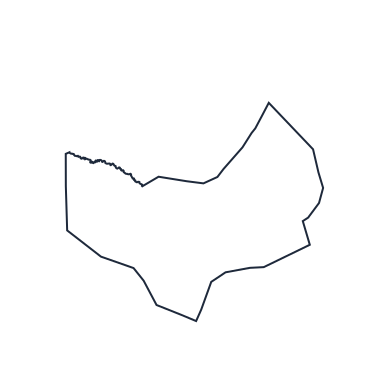 the district of Bayan-Ovoo, Hentiy, Mongolia, rotated 210°
{"feature_id": "93677404B57726852973522", "entity_name": "Bayan-Ovoo", "entity_type": "district", "adm_level": 2, "iso_a3": "MNG", "parent_name": "Mongolia", "parent_adm1": "Hentiy", "projection": "equal_earth", "projection_center": [112.511, 47.731], "detail": "fine", "context": "isolated", "style": "outline", "palette": "slate", "viewbox_px": 384, "rotation_deg": 210, "n_neighbors": 0, "source": "geoboundaries", "source_scale": "gbopen_adm2", "svg_char_len": 4612}
<svg xmlns="http://www.w3.org/2000/svg" viewBox="0 0 384 384"><g transform="rotate(210 192 192)"><path d="M78.5,228.9L76.5,246.0L80.5,261.1L92.3,272.2L108.5,289.5L170.1,307.6L169.5,292.9L169.0,278.8L169.9,272.8L170.6,255.9L176.2,227.7L177.5,217.7L186.4,205.2L201.9,198.7L228.6,188.5L237.9,172.1L238.2,172.2L238.5,172.3L238.6,172.6L238.5,172.8L238.4,173.0L238.5,173.2L238.7,173.4L239.3,173.5L240.0,173.4L240.8,173.3L241.4,173.3L241.7,173.3L242.0,173.5L242.3,173.9L242.5,174.3L243.0,174.3L243.2,174.2L243.5,174.0L243.9,173.8L244.3,173.2L244.5,172.9L244.9,172.8L245.2,172.8L245.6,172.8L245.9,172.8L246.2,172.8L246.5,172.8L246.6,173.0L246.7,173.5L246.9,173.7L247.1,173.7L247.3,173.6L247.6,173.5L247.9,173.4L248.1,173.4L248.4,173.6L248.5,173.9L248.6,174.3L248.8,174.6L249.1,174.7L249.3,174.6L249.5,174.5L249.6,174.3L249.8,174.1L250.1,174.0L250.5,174.3L250.8,174.6L251.3,174.7L251.7,175.0L252.0,175.2L252.3,175.4L252.6,175.6L253.1,175.7L253.2,175.9L253.4,176.2L253.5,176.7L254.0,177.0L254.4,177.0L254.7,176.7L254.9,176.3L255.2,176.1L255.5,175.9L255.7,175.7L256.0,175.5L256.4,175.4L256.8,175.3L257.3,175.3L257.5,175.2L257.9,174.9L258.2,174.8L258.9,174.7L259.3,174.9L259.6,174.9L259.9,174.9L260.3,175.0L260.8,175.0L261.0,175.0L261.4,175.4L261.5,175.8L261.7,176.1L262.1,176.3L262.4,176.4L262.7,176.2L262.9,176.1L263.1,175.8L263.3,175.5L263.5,175.4L263.9,175.4L264.2,175.4L264.4,175.7L264.5,176.1L264.8,176.3L265.1,176.4L265.4,176.3L265.7,176.3L266.0,176.2L266.1,176.3L266.2,176.5L266.5,176.9L266.9,177.0L267.3,176.9L267.5,176.8L267.6,176.5L267.7,176.1L267.8,175.9L268.1,175.5L268.2,175.2L268.4,174.9L269.1,174.8L269.6,174.9L270.1,175.1L270.4,175.3L270.6,175.5L270.8,175.9L271.0,176.2L271.2,176.3L271.4,176.3L271.7,176.1L272.1,176.0L272.6,176.1L273.0,176.3L273.4,176.6L273.7,176.8L274.2,177.0L274.4,177.0L274.8,177.0L275.0,176.9L275.2,176.6L275.1,176.1L275.2,175.8L275.3,175.6L275.6,175.4L275.7,175.2L275.7,174.8L275.7,174.7L275.8,174.6L276.0,174.5L276.3,174.7L276.4,174.9L276.6,175.1L276.8,175.3L277.2,175.5L277.7,175.4L278.0,175.2L278.4,174.9L278.9,174.6L279.4,174.2L279.6,174.1L280.0,173.9L280.3,173.8L280.9,173.8L281.4,173.9L281.7,173.9L281.8,174.1L282.2,174.6L282.5,174.9L282.8,175.0L283.1,175.1L283.4,175.1L283.6,175.0L283.9,174.9L284.2,174.5L284.3,174.1L284.3,173.7L284.5,173.3L284.7,173.2L284.9,173.2L285.1,173.3L285.3,173.6L285.6,173.8L285.8,173.9L286.3,174.1L286.9,174.1L287.1,174.0L287.6,173.9L288.0,173.6L288.2,173.2L288.2,172.8L288.0,172.6L287.8,172.4L287.8,172.2L288.0,172.1L288.4,172.2L288.6,172.4L288.8,172.7L289.0,172.8L289.2,172.7L289.5,172.6L289.8,172.2L289.8,171.9L289.7,171.6L289.5,171.3L289.5,171.1L289.5,170.9L290.0,170.9L290.2,171.0L290.5,171.1L290.8,171.1L291.1,171.1L291.2,170.9L291.2,170.6L291.1,170.3L290.8,170.1L290.6,170.0L290.4,169.9L290.4,169.7L290.5,169.5L290.8,169.5L291.1,169.4L291.4,169.3L291.6,169.1L291.7,168.9L291.8,168.7L291.7,168.5L291.6,168.4L291.6,168.2L291.7,167.8L291.9,167.7L292.1,167.6L292.3,167.6L292.5,167.7L292.7,167.9L292.9,168.1L293.1,168.2L293.4,168.3L293.6,168.2L293.8,168.1L293.9,167.9L293.9,167.6L293.8,167.3L293.9,167.0L294.1,166.9L294.4,166.8L294.6,166.7L294.9,166.8L295.1,166.9L295.2,167.1L295.2,167.4L295.2,167.9L295.2,168.2L295.3,168.5L295.6,168.8L295.9,168.9L296.2,168.9L296.6,168.9L296.9,168.7L297.3,168.5L297.5,168.4L297.9,168.4L298.2,168.4L298.5,168.2L299.0,168.2L299.5,168.2L299.8,168.2L300.1,168.1L300.4,167.9L300.6,167.6L300.7,167.4L300.7,167.2L300.8,167.1L300.9,167.3L300.9,167.5L301.0,167.8L301.2,168.0L301.4,168.1L301.7,168.1L301.9,168.0L302.1,167.9L302.1,167.7L302.0,167.4L302.0,167.2L302.1,166.9L302.4,166.8L302.6,167.0L302.8,167.1L302.9,167.3L303.1,167.5L303.3,167.5L303.5,167.4L303.6,167.1L303.6,166.8L303.7,166.5L303.8,166.4L304.1,166.3L304.3,166.2L304.5,166.1L304.6,165.9L304.5,165.6L304.9,165.5L305.2,165.5L305.4,165.6L305.7,165.9L305.9,166.2L306.2,166.4L306.5,166.6L306.8,166.6L307.1,166.4L307.9,165.7L308.0,165.7L308.3,165.8L308.6,166.2L308.9,166.3L309.1,166.1L309.2,165.9L309.2,165.7L309.3,165.6L309.7,165.4L310.1,165.3L310.5,165.3L310.8,165.2L311.0,165.0L311.3,164.8L311.5,164.8L312.0,164.9L312.4,165.0L312.6,165.1L312.9,165.4L313.2,165.7L313.4,165.7L313.5,165.7L313.8,165.5L314.1,165.5L314.2,165.4L314.4,165.3L314.5,165.3L314.8,165.3L314.9,165.2L315.0,165.1L315.4,165.1L315.7,164.9L316.0,164.7L316.3,164.7L316.9,164.7L317.7,164.7L317.8,164.7L318.0,164.8L318.1,165.0L320.4,161.9L304.2,134.0L280.9,96.3L238.5,90.5L204.6,96.9L189.5,91.0L166.2,76.4L140.2,80.2L123.9,82.3L125.2,94.7L130.4,123.8L122.8,139.2L103.9,155.3L92.3,162.8L78.0,183.9L63.6,205.2L81.5,222.2L78.5,228.1L78.5,228.9Z" fill="none" stroke="#1e293b" stroke-width="2"/></g></svg>